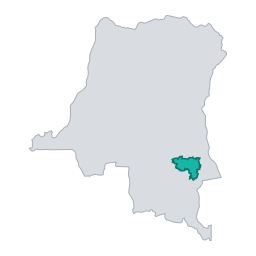 location of Manono, Katanga, Democratic Republic of the Congo
{"feature_id": "63176286B74212537268608", "entity_name": "Manono", "entity_type": "district", "adm_level": 2, "iso_a3": "COD", "parent_name": "Democratic Republic of the Congo", "parent_adm1": "Katanga", "projection": "natural_earth1", "projection_center": [27.399, -7.421], "detail": "fine", "context": "in_parent", "style": "filled", "palette": "teal", "viewbox_px": 256, "rotation_deg": 0, "n_neighbors": 0, "source": "geoboundaries", "source_scale": "gbopen_adm2", "svg_char_len": 8132}
<svg xmlns="http://www.w3.org/2000/svg" viewBox="0 0 256 256"><path d="M221.2,177.4L202.0,180.9L202.4,182.2L202.2,183.5L201.7,184.5L199.8,187.3L196.9,189.8L196.9,190.4L198.3,193.2L199.2,197.1L199.0,203.9L199.4,205.7L199.3,207.2L198.3,208.8L196.4,216.9L197.7,220.9L201.5,224.6L203.7,227.4L207.4,228.3L208.0,228.2L208.3,225.9L211.2,225.0L211.2,239.6L211.0,240.5L210.4,240.6L209.7,240.2L209.5,238.8L208.7,238.2L205.1,240.0L204.1,239.9L203.1,239.6L202.4,238.9L202.2,237.8L199.6,233.5L198.4,233.2L197.0,229.4L191.3,226.6L189.1,226.4L187.9,225.5L186.8,222.5L184.9,220.6L184.4,218.4L184.1,218.1L182.9,218.5L181.9,221.9L180.6,222.7L178.3,222.8L172.4,221.8L168.2,220.1L167.1,220.2L165.4,218.6L164.7,216.0L165.1,214.0L164.8,213.7L158.4,215.4L156.8,216.4L155.4,216.2L154.9,215.6L155.6,214.2L155.3,212.7L154.8,212.0L152.9,211.5L152.3,209.8L151.1,209.6L150.7,209.8L150.5,210.9L149.8,211.3L146.0,210.8L142.0,212.2L136.6,211.8L134.1,213.5L133.7,213.5L133.2,212.6L132.7,209.8L132.9,209.1L133.7,208.5L134.0,207.4L133.7,204.6L133.9,203.9L133.6,202.2L132.8,199.6L131.7,197.5L129.3,194.3L128.8,192.7L129.0,189.1L129.8,183.4L129.6,179.2L128.7,176.4L128.4,173.5L129.0,168.2L128.4,166.9L116.3,166.4L115.8,166.0L115.5,165.3L116.1,162.1L108.7,162.9L106.5,163.5L105.1,164.8L104.6,166.5L104.6,168.8L103.5,171.0L103.2,174.7L101.2,175.1L99.1,175.1L95.2,174.3L91.3,175.4L89.4,176.4L88.5,175.9L85.0,176.3L84.6,176.0L80.6,168.6L78.8,166.2L78.4,165.0L78.6,163.8L78.1,162.3L76.2,158.5L75.9,156.8L76.0,154.0L75.7,153.1L74.1,150.7L73.0,149.9L71.8,149.5L51.9,149.8L45.4,149.4L40.6,149.7L38.1,149.5L37.5,149.1L35.3,149.6L34.1,150.6L32.4,151.1L31.4,150.9L29.3,148.2L32.1,147.7L32.3,147.4L32.4,140.9L31.7,140.0L33.2,138.8L35.6,135.9L37.9,134.9L38.3,134.3L38.8,134.3L39.6,135.6L41.7,137.1L44.2,135.7L44.5,135.4L44.8,132.5L45.4,132.3L46.5,132.9L47.1,132.9L48.2,132.1L51.4,130.7L52.4,132.5L51.5,134.1L51.9,135.3L52.0,137.1L52.5,137.5L55.1,137.7L55.8,137.2L60.8,130.8L62.1,130.0L64.3,127.5L67.1,126.3L68.3,124.3L69.9,120.7L70.6,115.5L70.3,106.4L70.6,105.2L73.9,101.2L77.4,93.8L79.8,91.9L81.6,91.1L84.3,88.4L86.5,85.7L86.2,82.4L86.7,79.7L87.9,76.3L88.3,72.7L87.9,68.8L88.0,65.7L89.7,60.7L89.8,54.9L91.3,50.1L94.2,44.0L95.6,39.5L95.3,35.0L95.7,31.7L95.6,29.7L95.0,28.0L95.3,27.0L96.4,26.5L97.8,24.8L100.2,20.4L102.9,18.3L104.7,17.6L106.6,17.6L107.9,18.0L109.9,19.8L112.2,21.2L114.0,22.9L115.7,25.6L119.8,26.1L121.5,27.1L122.6,27.5L123.0,27.2L123.9,27.4L125.8,28.2L127.3,27.7L135.0,29.5L135.8,28.6L138.0,24.0L139.6,22.4L142.2,22.3L144.2,23.1L145.3,23.1L154.6,19.2L155.9,19.0L159.3,19.9L161.5,19.3L162.4,19.5L164.3,18.8L165.8,16.0L167.1,15.4L180.6,18.4L182.6,16.9L183.6,16.7L186.6,17.8L187.5,19.5L189.3,21.0L190.6,23.4L192.6,24.7L193.6,26.0L194.8,26.9L197.2,27.2L200.3,25.0L202.5,25.3L204.7,26.4L205.5,26.4L207.1,25.1L208.0,23.8L208.8,23.5L210.1,24.1L211.2,25.3L212.1,27.2L215.5,31.3L218.8,33.1L219.6,35.6L220.7,35.4L221.3,35.6L222.2,37.2L222.8,37.5L222.9,38.2L222.1,39.7L221.3,42.6L222.3,44.4L221.5,47.0L221.1,49.6L222.1,50.3L223.5,50.3L224.7,51.6L225.7,51.9L226.7,53.3L226.5,54.6L223.3,58.9L218.5,64.2L216.8,64.9L216.0,65.9L215.4,67.4L214.0,68.7L212.9,69.3L212.8,73.1L211.2,77.1L210.6,77.9L209.7,84.4L209.9,85.5L209.0,90.8L209.1,95.8L206.8,97.3L205.2,99.7L204.5,101.4L204.5,105.4L201.9,107.9L201.7,108.5L202.3,111.3L203.3,111.7L203.3,112.7L205.5,115.7L205.3,125.1L205.4,126.0L206.6,128.2L207.3,132.5L206.5,137.9L209.4,147.8L208.1,151.4L208.7,154.9L210.4,158.5L214.5,162.1L215.6,163.6L216.7,165.5L217.6,168.6L221.2,177.4Z" fill="#d9dde1" stroke="#a8b0b8" stroke-width="1"/><path d="M172.2,159.3L172.1,159.5L172.4,159.7L172.4,159.8L172.4,160.0L172.7,160.2L172.9,160.3L173.0,160.6L173.3,160.6L173.5,160.9L173.0,160.8L172.9,161.2L172.9,161.3L172.8,161.5L172.5,161.5L172.5,161.8L173.2,162.0L173.2,162.3L173.0,162.5L173.6,162.6L173.9,162.4L174.3,162.4L174.3,162.5L174.3,162.9L174.5,163.5L174.8,163.6L175.0,163.5L175.1,163.3L175.3,163.4L175.6,163.6L175.8,163.7L176.2,163.7L176.3,163.6L176.5,163.6L177.1,163.8L177.0,164.2L177.0,164.3L176.9,164.8L176.3,165.0L176.0,165.8L176.0,166.0L176.0,166.3L175.9,166.5L175.7,167.0L175.9,167.6L176.2,167.5L176.4,168.1L176.5,168.1L176.4,167.6L176.6,167.4L176.7,167.5L176.8,167.7L176.9,168.3L177.0,168.3L177.1,168.1L177.3,168.0L177.5,168.1L177.6,168.5L178.0,168.7L178.4,169.1L178.5,169.1L178.8,169.2L178.8,169.6L179.0,169.7L179.3,169.5L179.3,169.4L179.7,169.7L179.8,169.7L180.0,169.5L180.3,169.6L180.5,170.0L180.5,170.3L180.4,170.6L180.8,170.6L181.6,170.8L181.8,170.7L182.1,170.7L182.4,170.7L183.0,170.7L183.3,170.7L183.9,170.6L184.6,170.5L184.7,170.4L184.7,170.2L184.7,169.8L184.7,169.5L184.8,169.0L184.8,168.9L184.9,169.0L185.0,169.1L185.2,169.4L185.3,169.4L185.3,169.5L186.1,169.6L186.1,169.4L186.5,169.1L186.7,168.8L187.0,168.8L187.0,169.0L187.0,169.3L187.0,169.5L187.6,169.3L187.6,168.9L187.9,168.9L188.1,169.1L188.4,169.2L188.5,169.3L188.6,169.5L188.5,169.8L188.5,170.0L188.8,170.1L188.9,170.5L189.2,170.9L189.3,171.1L189.0,171.4L188.9,171.5L188.9,171.9L188.9,172.5L189.0,172.8L189.6,173.5L190.0,173.6L190.4,173.5L190.6,173.2L190.8,173.3L190.8,173.7L191.2,173.8L191.2,174.0L191.1,174.4L191.1,174.6L191.0,174.9L190.5,175.8L190.4,175.9L190.1,176.1L190.0,176.5L189.7,176.7L189.7,176.9L189.8,177.0L189.9,176.8L190.1,176.7L190.4,176.8L190.4,176.7L190.7,176.7L191.2,176.5L191.1,176.8L190.9,177.0L190.6,177.2L190.2,177.6L190.0,177.9L189.9,178.1L190.0,178.1L190.1,177.9L190.3,178.0L190.1,178.5L190.4,178.3L190.5,177.9L190.7,177.7L190.8,177.6L191.0,177.3L191.1,177.8L191.0,178.1L191.4,178.1L191.6,178.1L191.8,178.2L192.3,178.4L192.5,178.2L192.6,177.8L192.6,178.0L192.6,178.3L192.7,178.5L192.6,178.8L192.6,179.3L192.6,179.5L192.8,179.6L193.0,179.7L193.1,179.9L193.4,180.1L193.5,180.1L193.4,179.3L193.4,179.2L193.6,179.4L193.8,179.4L193.9,179.2L194.1,179.2L194.4,178.9L194.7,178.5L194.8,178.4L195.0,178.2L195.5,178.2L195.5,178.5L195.9,178.5L197.0,177.3L197.2,177.1L197.3,176.9L197.2,176.3L197.2,175.7L197.7,175.2L198.2,174.0L198.2,173.8L198.2,173.7L197.6,173.4L197.2,173.2L197.1,172.8L196.7,172.6L196.4,172.4L196.6,172.2L196.9,171.8L197.0,171.4L197.3,171.4L197.5,171.3L197.6,171.1L197.2,170.4L196.9,170.3L196.8,170.2L197.1,169.4L197.3,169.3L197.6,169.5L197.8,169.4L197.9,169.5L198.1,169.5L198.5,169.3L198.8,169.4L199.0,169.3L199.3,169.3L199.5,169.4L199.8,169.2L199.8,168.9L199.7,168.7L199.6,168.4L199.5,168.0L199.4,167.9L199.4,167.5L199.6,167.6L199.8,167.4L199.9,167.5L200.0,167.5L200.1,167.4L200.3,167.3L200.4,167.1L200.4,166.7L200.2,166.5L199.9,166.4L199.8,166.1L199.4,165.7L199.4,165.4L199.5,165.5L199.9,165.6L200.0,165.6L200.4,165.6L200.5,165.6L200.8,165.3L200.7,165.1L200.4,164.9L200.2,165.0L200.0,164.9L199.8,164.9L199.6,164.7L199.4,163.6L199.2,163.1L199.2,162.9L199.3,162.7L199.2,162.3L199.1,162.2L199.1,162.3L198.8,162.3L198.6,162.1L198.6,161.7L198.7,161.0L198.8,159.8L198.9,159.5L199.1,159.2L199.5,159.1L199.8,158.4L199.9,158.1L198.7,157.8L198.0,158.2L197.7,158.1L197.4,157.9L197.0,157.9L196.9,157.8L196.8,157.7L196.5,157.8L196.6,158.2L196.7,158.3L196.8,158.3L196.8,158.9L196.3,159.3L196.0,159.6L195.9,159.6L195.5,159.1L195.4,159.1L195.2,159.0L195.1,158.5L194.7,158.6L193.9,158.4L193.4,158.3L193.3,158.2L193.1,158.1L192.9,157.7L193.0,157.2L192.7,157.1L192.2,157.6L191.9,157.8L191.6,157.7L191.2,157.6L190.7,157.7L190.4,157.8L189.7,157.6L189.3,157.7L189.1,157.7L188.9,157.9L188.6,158.3L188.2,158.5L187.9,158.9L187.8,159.4L187.7,159.6L187.4,159.4L186.2,158.9L185.8,158.6L185.0,158.8L184.6,158.8L184.4,158.6L183.5,158.6L182.8,158.6L182.6,158.7L182.1,158.8L182.1,157.9L182.2,157.4L182.2,157.0L182.3,156.7L182.2,156.5L182.4,156.5L182.2,156.5L182.1,156.3L181.9,156.3L181.7,156.3L181.4,156.4L181.1,156.5L180.9,156.5L180.6,156.5L180.4,156.5L180.2,156.6L179.9,156.7L179.9,156.8L179.7,156.7L179.5,156.9L179.4,157.1L179.2,157.2L179.1,157.3L178.9,157.5L178.8,157.8L178.7,158.0L178.6,158.4L178.5,158.6L178.5,158.9L178.3,159.0L178.0,159.2L177.9,159.2L177.4,158.7L177.5,158.5L177.4,158.4L177.2,158.3L177.0,158.1L176.6,158.1L176.0,158.1L175.7,158.2L175.2,158.4L174.8,158.4L174.7,158.5L174.4,158.5L174.2,158.7L174.0,158.8L173.9,158.8L173.7,158.8L173.4,158.9L173.2,158.9L172.8,159.2L172.5,159.2L172.2,159.3Z" fill="#14b8a6" stroke="#0f766e" stroke-width="1.5"/></svg>